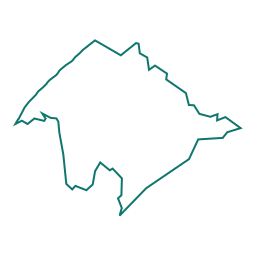 Tyler, West Virginia, United States of America
{"feature_id": "52423323B75939807173919", "entity_name": "Tyler", "entity_type": "district", "adm_level": 2, "iso_a3": "USA", "parent_name": "United States of America", "parent_adm1": "West Virginia", "projection": "natural_earth1", "projection_center": [-80.928, 39.451], "detail": "fine", "context": "isolated", "style": "outline", "palette": "teal", "viewbox_px": 256, "rotation_deg": 0, "n_neighbors": 0, "source": "geoboundaries", "source_scale": "gbopen_adm2", "svg_char_len": 921}
<svg xmlns="http://www.w3.org/2000/svg" viewBox="0 0 256 256"><path d="M52.5,77.9L49.7,80.0L47.4,82.4L46.5,83.9L42.7,87.6L38.2,91.4L35.8,94.9L28.8,102.0L24.6,107.5L18.5,119.2L18.2,119.2L15.4,124.0L21.9,120.7L27.5,124.0L34.4,118.5L44.2,120.9L45.6,118.6L42.3,113.5L50.7,117.9L56.4,118.4L58.3,121.6L59.4,132.9L63.3,154.4L66.3,183.9L72.2,189.4L75.4,185.9L86.4,190.2L92.7,184.5L95.1,171.1L100.2,162.5L109.8,170.3L112.6,168.6L121.9,178.4L121.4,195.2L118.0,198.3L121.8,208.0L119.6,215.6L146.2,188.2L189.0,159.1L198.2,139.4L222.7,137.9L227.3,132.2L240.6,128.1L225.4,117.1L217.1,120.4L217.5,114.2L210.4,116.8L199.3,113.8L194.0,105.3L188.9,105.0L185.9,93.1L166.2,79.4L167.0,73.6L155.0,65.6L149.0,69.8L147.2,57.5L139.8,53.3L138.6,43.7L136.0,43.1L120.8,55.3L95.0,40.4L83.0,49.8L79.4,53.5L75.3,57.0L72.6,60.4L71.2,61.6L65.9,65.1L60.8,69.3L59.1,71.0L57.9,73.1L56.3,75.0L52.5,77.9Z" fill="none" stroke="#0f766e" stroke-width="2"/></svg>